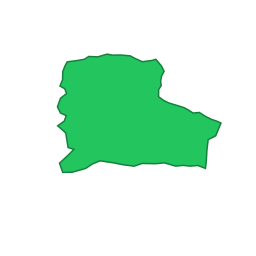 the district of Agios Andronikos Trikomou, Cyprus, rotated 123°
{"feature_id": "46923920B63709506451414", "entity_name": "Agios Andronikos Trikomou", "entity_type": "district", "adm_level": 2, "iso_a3": "CYP", "parent_name": "Cyprus", "parent_adm1": "", "projection": "robinson", "projection_center": [33.858, 35.342], "detail": "fine", "context": "isolated", "style": "filled", "palette": "green", "viewbox_px": 256, "rotation_deg": 123, "n_neighbors": 0, "source": "geoboundaries", "source_scale": "gbopen_adm2", "svg_char_len": 1001}
<svg xmlns="http://www.w3.org/2000/svg" viewBox="0 0 256 256"><g transform="rotate(123 128 128)"><path d="M73.2,52.7L74.0,57.7L75.3,62.8L76.1,69.5L76.1,76.6L80.0,81.6L80.0,87.1L80.4,92.1L81.7,96.7L84.7,107.2L85.5,113.1L85.1,119.4L79.1,123.2L74.4,123.2L71.0,126.1L65.9,128.2L60.8,128.6L57.8,133.6L56.4,138.3L56.2,138.7L55.2,142.0L58.6,145.0L64.6,152.1L65.9,160.5L66.3,165.5L71.0,174.3L75.3,180.6L77.4,185.7L84.7,192.0L87.2,196.2L89.4,199.9L94.1,202.0L99.2,207.5L105.6,215.0L110.7,214.6L116.3,213.4L123.1,209.2L129.9,207.9L129.5,202.5L132.5,198.3L139.8,200.8L148.7,198.7L152.2,192.8L151.3,186.5L156.9,185.2L164.5,188.2L165.4,181.5L166.2,177.3L170.1,173.9L177.0,167.6L175.4,161.8L182.1,163.1L194.8,166.3L200.8,158.5L195.4,150.6L184.8,141.4L177.4,138.2L170.8,133.6L165.4,121.8L161.4,111.9L156.7,102.1L150.1,96.9L142.7,85.1L137.4,78.5L134.1,67.4L129.4,61.5L126.0,54.9L121.4,49.0L119.7,41.0L112.4,44.7L103.5,49.8L94.1,54.4L86.8,50.2L73.2,52.7Z" fill="#22c55e" stroke="#15803d" stroke-width="1.5"/></g></svg>